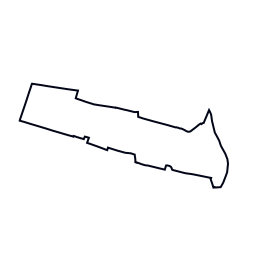 outline of Roseti, Calarasi, Romania, rotated 284°
{"feature_id": "2599482B60300141658332", "entity_name": "Roseti", "entity_type": "district", "adm_level": 2, "iso_a3": "ROU", "parent_name": "Romania", "parent_adm1": "Calarasi", "projection": "robinson", "projection_center": [27.459, 44.223], "detail": "fine", "context": "isolated", "style": "outline", "palette": "ink", "viewbox_px": 256, "rotation_deg": 284, "n_neighbors": 0, "source": "geoboundaries", "source_scale": "gbopen_adm2", "svg_char_len": 2890}
<svg xmlns="http://www.w3.org/2000/svg" viewBox="0 0 256 256"><g transform="rotate(284 128 128)"><path d="M147.7,24.1L138.7,23.4L127.5,22.6L110.6,21.2L110.4,21.2L109.9,21.2L109.2,21.1L109.0,21.3L108.9,21.3L108.9,22.2L108.8,23.9L108.8,24.2L108.8,24.8L108.8,26.0L108.7,26.4L108.7,27.4L108.6,28.8L108.5,30.3L108.4,32.8L108.3,34.4L108.2,36.7L107.8,45.6L107.5,51.3L107.3,54.0L107.2,56.1L107.1,58.6L107.0,60.8L106.9,63.7L106.7,67.8L106.4,77.1L107.1,77.1L107.1,78.2L106.9,80.0L106.8,80.8L106.8,82.3L106.7,82.9L106.6,86.0L106.5,87.8L109.2,88.2L109.2,88.3L109.2,89.1L109.2,89.9L109.1,92.4L103.7,91.9L103.6,92.8L103.4,95.8L103.2,97.5L102.9,100.5L102.8,101.8L102.5,104.5L102.2,107.0L102.1,108.1L101.9,109.6L101.7,111.0L101.5,113.2L104.1,113.3L103.5,122.8L103.3,131.4L104.1,136.7L104.0,138.6L103.8,140.9L103.7,140.9L102.6,141.4L101.7,141.7L101.3,141.9L101.2,142.0L100.1,142.4L99.7,142.5L98.8,142.9L98.5,143.0L97.8,143.1L96.6,143.4L96.6,143.5L96.4,144.9L96.7,144.9L96.5,147.5L96.2,149.4L96.1,151.5L96.0,153.7L96.4,156.4L96.4,158.9L96.5,173.8L100.8,174.0L101.2,175.1L101.2,177.4L100.8,178.9L99.8,179.9L98.2,181.0L98.1,181.3L98.0,189.9L98.0,194.6L98.6,200.1L98.7,201.4L98.8,202.3L99.4,215.7L99.6,220.2L99.6,220.4L99.7,220.6L99.7,220.8L99.4,220.8L99.3,220.7L99.3,220.4L99.4,220.2L99.2,220.1L98.0,220.8L97.2,221.3L95.0,222.8L91.9,224.7L91.7,224.7L91.7,225.2L91.7,225.9L91.0,225.8L92.5,230.6L93.0,232.2L93.6,232.4L96.5,233.2L98.0,233.6L99.4,233.8L99.7,233.8L101.3,234.0L102.5,234.2L109.0,234.9L113.2,234.3L117.5,233.7L121.8,232.0L126.6,228.6L132.9,222.7L134.8,221.4L136.9,220.1L137.4,219.8L137.8,219.5L139.5,218.0L141.2,216.5L144.5,213.4L147.3,211.9L148.3,211.4L154.8,208.0L161.1,205.4L162.5,204.4L164.0,203.2L165.0,202.3L163.7,202.1L159.6,201.5L151.2,200.2L150.9,199.4L149.9,198.6L149.6,198.3L149.7,198.2L149.9,197.8L149.9,197.4L149.6,197.1L148.2,195.9L147.0,195.0L145.6,194.0L143.7,192.5L142.8,191.8L142.5,191.5L141.7,190.9L139.9,189.5L139.7,189.2L139.5,188.9L139.3,188.5L139.1,187.8L138.9,187.2L138.9,186.6L138.9,186.2L139.1,185.6L139.2,185.0L139.5,184.0L140.0,182.1L140.1,181.3L140.3,180.2L140.4,179.5L140.3,179.3L140.2,178.9L140.1,178.6L140.1,178.4L140.4,176.4L140.3,176.1L140.4,174.8L140.3,174.6L140.1,174.1L140.4,165.6L140.6,151.6L140.9,140.5L141.1,137.9L141.3,135.2L146.0,133.8L145.0,130.5L145.0,130.4L145.0,127.0L145.0,126.4L145.0,125.9L145.0,124.6L145.0,123.0L145.0,121.8L144.9,120.8L144.9,119.8L144.9,118.6L144.9,117.4L144.9,116.0L144.9,114.5L144.9,113.2L144.9,111.9L144.9,111.2L144.6,111.1L144.7,110.7L144.6,110.0L144.5,109.0L144.3,106.6L144.0,103.5L143.7,100.4L143.1,94.3L142.9,92.1L142.9,91.5L142.8,90.5L142.7,89.9L142.7,89.3L142.7,88.7L142.8,87.8L142.8,87.2L142.9,86.2L142.9,85.4L143.0,84.1L143.1,82.3L143.2,80.6L143.7,75.5L144.0,71.6L144.2,70.1L152.2,70.4L151.0,59.5L149.8,46.8L149.2,40.5L148.7,34.1L147.9,25.8L147.8,24.5L147.7,24.1Z" fill="none" stroke="#020617" stroke-width="2"/></g></svg>